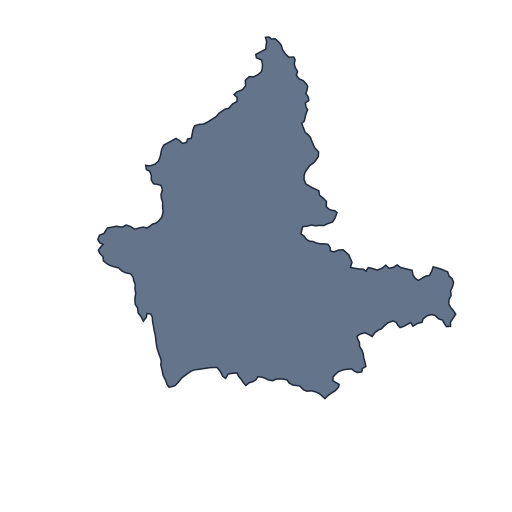 outline of Alfredo Chaves, Espírito Santo, Brazil, rotated 54°
{"feature_id": "56859067B34972821288679", "entity_name": "Alfredo Chaves", "entity_type": "district", "adm_level": 2, "iso_a3": "BRA", "parent_name": "Brazil", "parent_adm1": "Espírito Santo", "projection": "orthographic", "projection_center": [-40.823, -20.568], "detail": "fine", "context": "isolated", "style": "filled", "palette": "slate", "viewbox_px": 512, "rotation_deg": 54, "n_neighbors": 0, "source": "geoboundaries", "source_scale": "gbopen_adm2", "svg_char_len": 4381}
<svg xmlns="http://www.w3.org/2000/svg" viewBox="0 0 512 512"><g transform="rotate(54 256 256)"><path d="M168.0,128.2L165.0,128.1L161.1,126.0L161.3,121.9L158.2,120.2L153.9,120.2L151.9,117.3L149.2,114.5L146.2,114.2L141.9,114.7L137.8,117.1L133.5,117.1L131.1,113.9L126.8,113.5L123.2,112.2L120.2,109.0L117.2,108.5L114.5,112.6L109.4,113.5L104.7,113.2L99.9,111.6L95.8,111.9L91.5,112.8L89.7,115.9L86.3,116.9L84.7,119.8L88.7,121.3L91.7,124.2L94.4,126.5L93.9,129.8L93.4,133.5L92.8,137.7L95.9,139.2L101.0,136.2L105.4,138.6L108.1,140.8L110.1,143.5L110.4,148.2L109.6,152.8L106.9,156.0L107.6,161.4L112.3,164.5L113.5,169.3L112.0,175.1L112.5,178.9L116.9,178.1L119.8,180.8L119.2,185.9L120.5,191.1L118.9,195.0L118.9,198.4L118.7,202.1L119.8,206.3L119.5,211.8L119.2,216.3L118.4,221.1L116.0,224.8L114.6,229.2L116.9,232.9L120.4,236.6L122.8,239.3L121.1,242.6L123.3,245.4L121.7,249.3L117.6,250.0L113.8,251.6L113.1,257.6L112.1,265.5L114.0,269.2L116.2,271.8L118.9,274.6L121.9,279.2L122.3,283.5L121.5,286.8L120.2,289.6L117.8,291.9L121.6,293.9L124.9,292.2L129.2,293.3L132.9,296.0L137.3,296.5L140.1,293.7L143.0,291.3L147.5,292.9L150.4,296.7L153.9,298.8L157.5,299.8L161.8,303.0L165.0,304.7L167.2,306.9L169.3,309.6L170.5,314.8L170.5,318.0L169.3,321.1L169.6,324.5L169.1,328.0L166.4,330.1L164.7,333.8L163.1,338.3L158.2,340.3L154.5,342.9L154.2,346.8L152.2,349.3L149.9,351.3L147.9,355.7L146.0,359.5L147.1,362.7L148.4,365.9L147.2,370.4L149.7,374.3L153.9,374.6L156.7,372.8L157.5,376.9L158.7,380.1L162.0,380.9L166.4,380.2L170.4,382.3L174.0,381.3L176.9,380.2L181.0,377.4L184.9,374.1L189.0,373.4L192.6,371.6L196.8,367.9L200.9,367.9L204.2,369.5L208.0,370.4L211.3,373.2L215.6,375.3L219.1,378.9L224.0,382.1L228.6,382.4L232.7,384.8L237.3,384.6L242.5,385.4L241.1,380.7L238.4,378.0L241.1,375.3L244.4,375.8L248.2,378.2L251.9,379.9L256.1,382.1L259.4,383.4L262.8,385.1L267.0,387.5L270.8,389.5L275.2,391.2L278.5,392.2L282.7,393.4L285.4,394.4L287.9,396.9L292.9,399.0L298.2,401.4L303.4,402.2L307.8,403.5L311.1,403.5L313.3,397.9L312.4,392.7L311.0,387.5L310.9,380.7L311.0,376.2L311.9,372.8L314.5,368.1L319.4,358.6L323.3,353.0L327.9,352.8L333.6,353.6L337.2,352.5L335.1,348.0L336.9,344.2L339.7,339.9L342.6,340.8L347.3,340.5L351.0,340.7L354.8,340.4L354.5,336.1L355.9,332.2L356.1,328.9L354.8,325.5L356.8,323.1L359.5,320.9L363.5,318.9L366.8,315.7L367.5,311.8L369.5,309.1L371.7,306.1L374.6,303.7L378.2,303.9L382.2,302.0L386.7,297.1L392.2,296.2L395.3,294.3L397.8,290.2L401.5,287.3L404.7,285.6L408.1,284.8L411.9,284.1L411.3,280.4L411.2,275.8L411.6,271.1L410.7,266.5L408.8,264.2L405.9,265.5L402.0,267.1L399.0,264.6L398.4,260.9L398.0,257.6L399.2,252.8L401.1,248.9L403.6,245.1L407.2,244.0L409.9,242.5L411.9,238.5L409.6,236.1L410.0,232.1L405.8,230.2L401.7,228.7L397.9,226.6L394.3,225.6L390.0,225.3L386.7,223.1L383.2,222.6L380.4,221.5L380.3,218.0L382.1,213.0L385.8,210.9L389.5,209.4L387.8,204.6L387.9,200.4L388.7,196.9L387.9,193.3L387.6,188.4L389.1,183.3L392.1,181.6L395.6,182.0L398.6,181.5L399.8,177.9L400.3,173.5L400.7,170.0L405.1,170.2L405.5,164.7L407.3,160.7L405.1,157.8L404.9,152.9L406.5,148.5L409.5,146.0L414.2,145.2L417.5,142.8L421.3,143.3L425.0,143.5L427.3,139.9L423.9,137.7L422.3,133.4L420.5,128.6L415.7,128.4L411.9,128.8L408.0,128.1L404.6,125.3L402.6,121.4L398.6,119.0L396.1,114.7L393.4,111.6L389.3,110.6L385.8,111.6L381.4,110.3L377.4,112.7L374.5,114.5L372.0,116.6L368.9,119.0L371.5,122.7L373.7,127.0L371.9,130.9L371.6,135.0L371.1,139.1L367.6,140.3L363.6,140.1L359.3,138.1L356.7,140.4L353.7,142.9L350.3,145.8L346.2,147.0L345.9,151.6L344.1,155.7L339.7,156.4L340.0,161.0L338.6,166.3L336.1,168.0L333.7,169.8L331.3,172.0L332.9,175.9L329.7,177.0L327.5,179.7L323.8,183.5L320.7,186.3L317.5,182.0L309.6,180.3L302.2,181.8L299.8,185.5L298.4,190.6L295.7,192.8L293.0,191.1L288.7,190.9L286.5,193.4L283.8,196.9L280.9,199.6L277.6,201.5L275.6,203.9L272.5,205.4L268.1,205.4L264.5,206.6L261.7,203.4L259.7,201.0L261.8,197.3L263.5,193.0L266.7,189.9L268.6,186.5L271.2,183.3L272.1,178.6L273.5,174.2L272.0,170.2L268.6,165.0L265.7,165.6L263.4,167.9L260.9,169.5L257.2,170.1L253.3,166.9L248.5,167.7L244.0,168.9L240.2,166.8L237.4,168.3L233.2,170.6L227.0,173.3L222.5,172.2L219.2,169.8L217.1,167.1L215.9,163.7L214.5,159.5L214.5,155.2L213.8,151.7L212.2,147.1L208.6,144.2L202.9,144.9L196.6,143.5L191.8,142.2L188.2,142.7L184.5,143.5L179.3,142.1L175.6,141.1L175.2,137.5L172.2,134.2L170.1,131.5L168.0,128.2Z" fill="#64748b" stroke="#1e293b" stroke-width="1.5"/></g></svg>